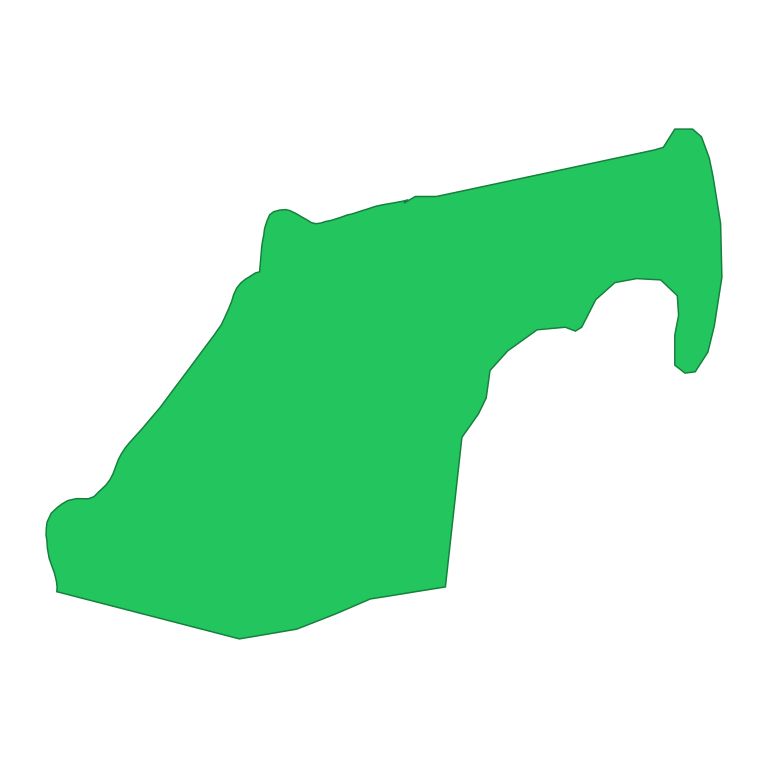 Sauzay, Choiseul, Saint Lucia (Mercator projection)
{"feature_id": "8701671B61982793358866", "entity_name": "Sauzay", "entity_type": "district", "adm_level": 2, "iso_a3": "LCA", "parent_name": "Saint Lucia", "parent_adm1": "Choiseul", "projection": "mercator", "projection_center": [-61.034, 13.778], "detail": "fine", "context": "isolated", "style": "filled", "palette": "green", "viewbox_px": 768, "rotation_deg": 0, "n_neighbors": 0, "source": "geoboundaries", "source_scale": "gbopen_adm2", "svg_char_len": 1563}
<svg xmlns="http://www.w3.org/2000/svg" viewBox="0 0 768 768"><path d="M654.2,150.0L436.3,196.5L415.3,196.5L404.0,203.2L406.6,200.2L402.3,201.3L394.7,202.7L389.5,203.6L383.3,204.7L376.9,206.0L372.0,207.5L368.5,208.7L362.7,210.5L351.9,214.0L347.2,215.0L340.0,217.6L330.9,220.5L325.0,221.6L320.9,223.1L315.8,223.7L311.3,222.6L307.0,219.9L302.2,217.2L296.3,213.7L289.9,210.6L287.4,210.0L285.7,209.6L279.5,210.1L273.8,211.7L272.2,212.8L269.7,214.8L267.2,220.4L265.2,226.4L264.4,229.6L263.9,234.4L263.2,237.8L262.6,240.9L261.8,246.1L259.6,271.8L255.6,272.9L249.4,276.7L251.3,275.8L245.7,279.0L240.7,283.1L236.7,288.1L233.6,294.8L231.7,301.3L228.6,308.9L225.1,316.7L221.4,324.7L217.2,330.6L214.9,334.0L203.1,349.8L189.2,368.6L175.2,387.2L160.2,407.4L142.1,428.7L129.4,442.8L125.4,447.7L121.2,454.1L118.4,459.6L116.5,464.5L113.1,473.6L110.3,479.2L106.1,484.9L98.8,491.8L93.9,496.7L88.2,498.8L81.9,498.7L76.6,498.6L68.0,500.5L61.9,504.0L57.3,507.5L51.2,513.2L47.1,522.0L46.3,528.0L46.1,535.3L46.9,540.7L47.4,548.4L49.2,558.5L54.5,573.3L56.4,581.2L56.9,585.2L57.1,586.9L56.9,590.2L56.8,591.7L239.4,638.9L296.8,629.1L335.8,613.8L370.2,599.0L445.4,586.9L461.9,437.4L478.5,413.8L486.2,398.0L490.0,370.5L507.8,350.8L537.1,329.8L565.2,327.2L575.4,331.1L581.7,327.2L595.8,299.6L614.9,282.6L636.5,278.6L660.7,279.9L677.3,295.7L678.6,315.4L674.8,335.0L674.8,365.2L685.0,373.1L695.2,371.8L707.9,352.1L714.3,325.9L721.9,277.3L720.6,223.5L713.0,176.3L709.2,157.9L701.5,136.9L692.6,129.1L674.8,129.1L663.3,147.4L654.2,150.0Z" fill="#22c55e" stroke="#15803d" stroke-width="1.5"/></svg>